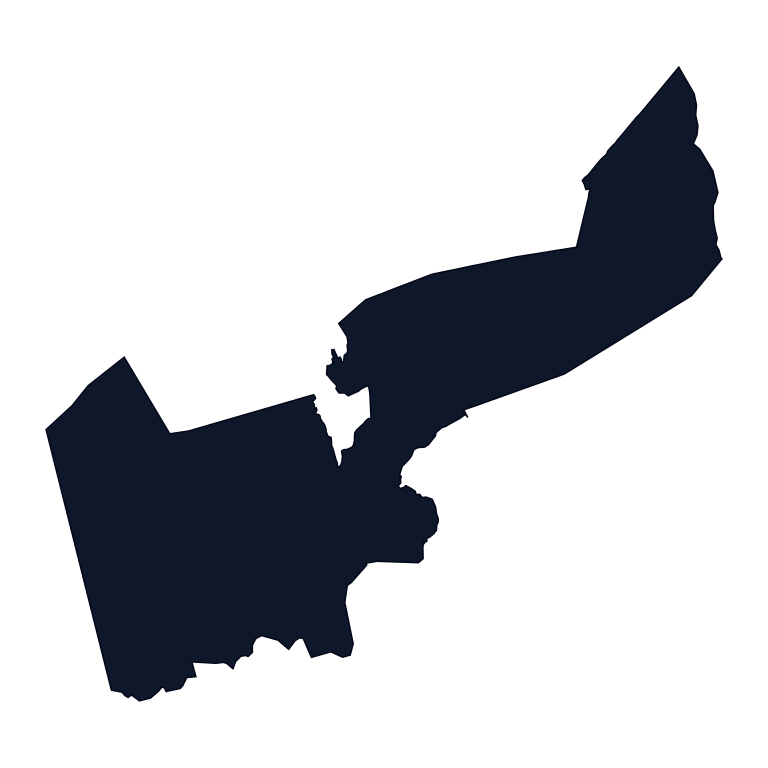 the district of Teotitlán de Flores Magón, Oaxaca, Mexico
{"feature_id": "50627088B97187962703105", "entity_name": "Teotitlán de Flores Magón", "entity_type": "district", "adm_level": 2, "iso_a3": "MEX", "parent_name": "Mexico", "parent_adm1": "Oaxaca", "projection": "natural_earth1", "projection_center": [-97.095, 18.119], "detail": "fine", "context": "isolated", "style": "filled", "palette": "ink", "viewbox_px": 768, "rotation_deg": 0, "n_neighbors": 0, "source": "geoboundaries", "source_scale": "gbopen_adm2", "svg_char_len": 4890}
<svg xmlns="http://www.w3.org/2000/svg" viewBox="0 0 768 768"><path d="M418.4,562.7L423.1,558.7L422.9,547.0L423.3,543.9L424.0,543.7L424.3,543.5L424.4,542.8L423.9,541.8L424.0,541.4L424.3,541.4L424.6,541.5L425.9,541.9L426.4,541.7L426.7,541.3L427.0,540.3L426.9,539.9L426.2,538.9L426.1,538.7L426.9,538.0L427.0,538.0L428.3,537.9L428.7,537.3L429.9,536.9L430.2,536.6L431.6,535.6L434.5,533.0L434.8,532.3L434.8,532.2L435.7,531.1L436.1,530.7L436.4,530.5L436.5,529.4L436.7,524.7L437.7,523.3L437.8,523.1L437.9,522.8L438.3,520.9L438.1,518.3L437.8,517.3L437.0,515.3L436.3,512.7L435.7,507.4L432.4,499.6L432.2,499.5L432.1,499.3L431.9,499.2L431.0,498.8L426.1,497.1L425.6,497.1L423.1,497.5L421.7,497.0L421.4,496.7L419.8,494.4L419.6,494.3L417.2,494.6L416.6,494.2L415.5,493.4L415.5,492.0L415.3,491.6L414.5,490.6L413.7,490.4L411.5,488.7L408.0,486.8L406.2,485.8L405.7,485.7L405.0,486.3L403.9,487.3L402.0,488.0L400.9,488.4L399.6,488.0L398.9,487.1L398.5,485.4L399.3,484.5L400.5,483.2L400.8,482.6L400.5,480.5L400.4,479.7L401.2,476.8L401.1,476.5L400.5,475.6L400.2,475.5L399.4,475.9L399.3,475.7L402.2,466.4L403.3,465.3L404.2,464.4L408.0,460.4L408.4,460.0L409.8,458.4L410.9,456.6L411.6,455.7L412.8,452.5L414.0,449.7L416.7,448.1L419.7,447.4L421.6,447.4L422.2,447.3L424.0,447.1L424.7,447.0L425.5,446.8L425.9,446.4L426.4,445.9L427.1,445.3L427.3,445.2L427.9,445.3L431.4,440.9L433.5,438.3L435.3,436.1L436.0,432.6L436.7,432.0L441.4,427.9L446.4,426.0L448.2,424.9L453.4,421.9L453.6,421.8L459.4,418.7L464.4,415.1L465.9,414.7L466.2,415.2L466.4,415.5L467.8,417.5L463.8,409.9L468.2,408.3L470.8,407.4L472.0,407.0L472.6,406.8L504.5,395.4L564.3,374.0L657.0,316.9L691.6,295.6L721.9,258.9L721.1,258.4L718.9,250.0L715.8,244.6L717.2,238.3L715.1,229.5L713.5,220.6L713.3,210.5L713.2,205.5L714.9,202.0L717.9,192.6L712.9,171.0L699.8,149.3L693.3,143.8L697.0,135.0L697.9,125.9L695.7,115.0L696.5,105.2L694.1,93.6L686.5,80.5L678.8,67.1L648.2,104.0L647.3,105.1L638.7,115.2L637.7,116.0L637.1,116.6L629.4,125.8L618.9,138.5L618.1,139.1L616.8,141.0L615.9,142.2L615.0,143.4L614.2,144.1L612.6,145.6L612.0,146.1L611.5,146.8L610.4,148.0L607.9,150.8L606.5,154.3L603.7,156.7L601.4,158.9L600.3,160.1L598.5,162.2L596.3,164.8L593.5,168.3L591.8,170.3L591.6,170.6L591.3,171.2L591.1,171.6L590.6,172.0L589.0,173.8L588.0,175.1L586.8,176.1L586.5,176.2L585.3,177.3L585.0,177.3L583.5,179.1L582.3,180.5L583.1,182.0L584.3,184.2L585.0,186.7L585.9,189.5L586.0,189.6L587.7,189.3L590.1,189.0L589.1,192.4L588.6,195.9L588.1,199.4L588.0,199.7L587.7,200.5L576.5,247.2L529.2,254.8L515.5,257.0L471.5,266.0L453.0,269.9L447.5,271.0L432.1,274.2L430.2,274.9L428.3,275.7L426.4,276.4L422.7,277.8L415.2,280.7L413.4,281.4L411.6,282.1L409.8,282.8L408.0,283.5L406.2,284.2L404.4,284.8L402.7,285.5L400.8,286.2L395.1,288.4L390.7,290.1L386.6,291.7L383.6,292.9L381.1,294.0L379.0,294.6L377.0,295.4L374.5,296.4L372.4,297.2L371.3,297.6L365.7,299.8L364.5,300.8L361.4,303.5L358.2,306.3L356.3,308.0L354.4,309.7L352.7,311.2L351.1,312.6L349.6,313.9L348.5,314.9L346.8,316.3L346.5,316.7L343.5,319.3L338.7,323.5L347.0,336.6L348.0,342.7L347.4,344.4L347.1,346.5L347.5,348.6L347.8,350.9L346.8,353.3L344.3,355.3L343.4,361.8L341.5,361.9L341.1,358.9L340.1,357.1L337.8,358.1L334.0,349.7L333.9,349.8L332.0,349.8L331.8,349.8L332.0,353.8L333.6,357.5L332.0,358.9L332.4,359.8L332.8,363.2L331.1,364.6L330.6,365.0L330.0,365.4L327.1,365.8L326.6,374.8L327.4,375.1L331.9,380.6L332.0,380.6L336.7,385.6L336.0,388.8L338.5,392.4L339.6,393.1L344.4,392.9L346.7,394.6L348.3,395.8L354.2,393.1L358.3,391.3L359.8,390.0L359.9,389.9L361.8,388.5L367.7,385.7L367.9,385.6L369.2,388.8L369.8,393.6L369.9,394.4L371.0,418.3L368.3,418.6L365.4,421.2L363.8,423.4L356.9,429.6L354.8,432.7L354.6,434.5L354.4,438.5L354.6,440.4L354.4,440.9L354.1,442.1L353.5,444.7L353.4,445.2L351.5,447.5L348.3,448.8L346.4,449.7L344.7,449.5L342.4,450.3L341.5,451.3L341.9,453.2L342.5,456.4L342.3,457.7L342.2,458.9L341.9,461.7L340.6,465.6L337.6,467.4L337.3,462.7L336.4,461.1L333.1,449.2L332.5,447.6L331.5,445.3L331.6,442.3L331.1,437.4L328.0,436.4L326.1,431.5L326.2,429.7L324.6,424.6L322.6,422.2L320.6,419.0L319.9,415.7L318.5,414.4L316.4,414.6L316.0,413.4L315.9,411.9L317.0,410.2L316.3,407.9L314.8,408.4L314.1,403.9L312.3,402.2L315.5,398.5L315.4,397.2L313.6,394.7L199.6,427.8L191.8,430.1L188.1,431.1L169.8,433.8L124.2,357.2L88.2,385.6L72.1,405.6L46.1,429.6L111.1,689.0L111.5,690.2L122.0,692.2L125.2,695.8L128.1,697.4L131.5,695.0L139.4,700.9L150.6,698.0L158.6,691.1L161.9,687.1L164.5,687.9L166.1,691.5L180.2,688.5L182.8,685.6L186.7,677.5L195.9,676.7L191.9,661.9L215.8,663.3L223.2,662.4L226.5,663.3L233.0,668.7L235.6,661.6L240.9,656.2L245.6,655.5L248.1,656.5L252.4,652.3L252.4,645.0L255.9,638.5L261.6,635.6L277.9,640.1L288.7,649.3L295.1,640.7L299.4,637.9L303.2,638.4L311.4,657.4L330.8,651.8L342.6,657.2L350.2,655.1L353.2,643.9L344.8,602.4L347.3,585.5L351.5,582.3L366.7,565.0L366.5,563.1L377.0,561.3L418.4,562.7Z" fill="#0f172a" stroke="#020617" stroke-width="1.5"/></svg>